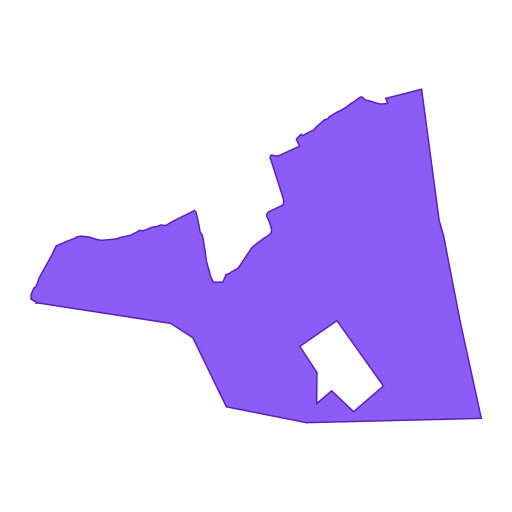 Zemam Out, Ash Sharqiyah, Egypt
{"feature_id": "37247803B97784107411787", "entity_name": "Zemam Out", "entity_type": "district", "adm_level": 2, "iso_a3": "EGY", "parent_name": "Egypt", "parent_adm1": "Ash Sharqiyah", "projection": "natural_earth1", "projection_center": [31.601, 30.329], "detail": "fine", "context": "isolated", "style": "filled", "palette": "violet", "viewbox_px": 512, "rotation_deg": 0, "n_neighbors": 0, "source": "geoboundaries", "source_scale": "gbopen_adm2", "svg_char_len": 2335}
<svg xmlns="http://www.w3.org/2000/svg" viewBox="0 0 512 512"><path d="M301.3,134.3L300.2,135.1L299.5,135.7L297.7,137.8L296.4,139.2L298.0,143.2L298.9,144.6L299.7,146.1L279.3,155.5L278.8,155.7L277.3,155.9L275.9,156.1L272.5,155.1L271.3,155.1L270.9,155.4L270.4,156.0L270.0,157.8L270.8,159.6L283.1,197.9L283.8,201.5L283.4,203.8L282.1,205.5L269.3,211.5L267.6,212.8L266.9,213.9L266.7,215.9L267.9,218.6L269.5,222.2L270.7,226.3L271.5,229.0L271.4,231.7L270.6,233.4L268.8,235.2L264.6,237.8L258.2,242.5L255.2,244.7L251.8,247.8L238.3,268.0L234.5,270.2L231.5,271.9L230.3,272.7L228.5,274.0L226.9,274.3L226.0,274.4L226.0,274.9L222.9,282.0L221.3,282.1L213.6,282.3L212.8,281.3L210.4,275.9L208.8,269.5L207.2,264.1L206.4,261.0L205.0,250.6L203.5,241.2L202.3,234.9L201.9,234.9L199.9,231.3L199.1,225.9L197.2,216.9L195.6,211.5L194.4,210.5L193.3,211.1L192.6,211.5L176.5,219.5L171.4,222.1L165.9,225.5L164.8,225.4L160.8,225.0L160.1,225.3L156.2,226.7L154.6,226.9L151.5,227.4L145.6,230.0L142.2,230.8L141.8,230.7L139.7,230.3L139.0,230.7L138.4,231.2L130.3,235.5L128.7,235.7L118.9,237.8L117.6,238.7L116.0,238.9L114.7,239.1L114.3,239.2L113.1,239.3L102.9,240.2L101.2,240.3L97.4,239.6L89.9,237.2L81.0,236.1L80.0,236.4L79.4,236.4L77.8,236.8L77.2,236.9L74.7,238.2L68.3,240.8L64.9,242.0L63.6,242.9L61.1,243.7L59.4,244.6L58.1,245.4L57.3,245.4L56.4,245.6L53.4,251.6L52.5,253.8L51.4,255.9L39.0,278.2L36.8,284.8L35.5,287.0L33.7,288.3L31.1,294.6L31.1,296.3L31.0,298.1L30.7,298.7L32.0,299.6L33.9,301.0L36.1,301.9L36.6,302.1L36.1,303.1L38.8,303.1L145.8,319.6L170.7,323.4L192.9,337.8L226.5,407.0L227.4,407.0L307.1,422.8L308.7,422.6L479.7,418.4L481.2,418.3L481.3,418.3L480.1,412.8L460.3,322.1L443.6,235.9L439.1,220.1L421.6,89.2L420.0,89.6L385.7,98.4L387.7,102.9L386.9,103.4L385.3,103.7L384.5,103.8L384.4,103.8L383.6,103.9L382.8,103.9L380.6,104.1L376.4,103.1L373.5,102.1L372.2,101.7L368.8,100.7L365.9,100.2L363.8,98.8L363.0,97.4L361.7,97.1L360.9,96.9L360.2,97.3L358.8,98.2L354.1,101.7L351.1,103.4L346.0,107.3L341.7,109.9L336.6,112.4L333.2,114.5L329.3,116.7L327.8,118.9L324.6,119.7L323.8,120.4L316.5,126.7L313.5,130.2L309.6,131.9L302.4,135.7L302.0,135.3L301.3,134.3ZM331.6,390.8L330.7,391.6L316.7,403.6L316.7,402.5L316.9,372.5L299.8,346.3L335.8,321.5L337.0,320.7L354.5,345.3L383.4,386.0L353.6,411.7L353.0,411.1L331.6,390.8Z" fill="#8b5cf6" stroke="#5b21b6" stroke-width="1.5"/></svg>